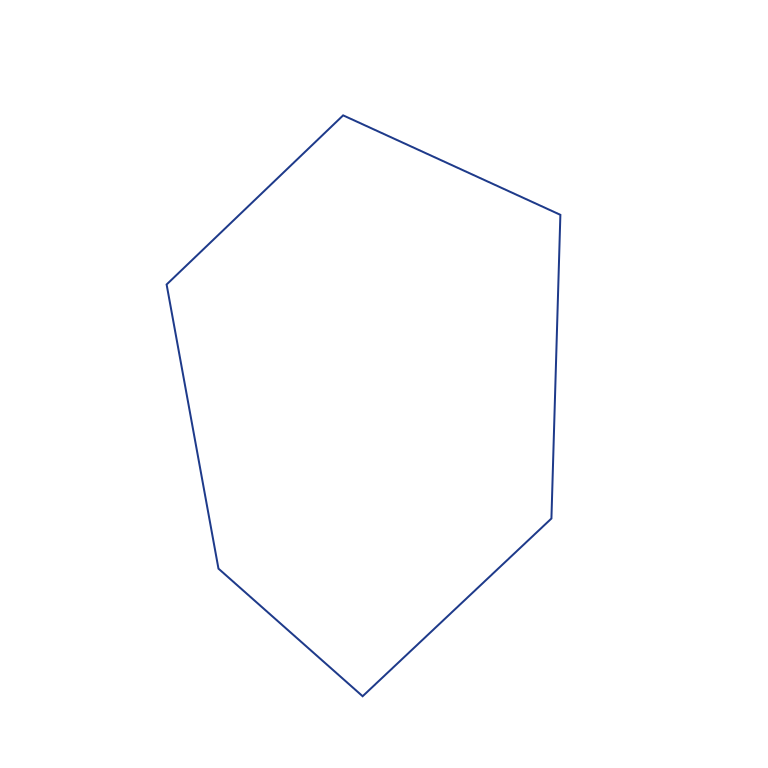 SVG path tracing the border of San Marino, rotated 145°
{"feature_id": "SMR", "entity_name": "San Marino", "entity_type": "country or territory", "adm_level": 0, "iso_a3": "SMR", "parent_name": "Europe", "parent_adm1": "", "projection": "robinson", "projection_center": [12.465, 43.942], "detail": "fine", "context": "isolated", "style": "outline", "palette": "blue", "viewbox_px": 768, "rotation_deg": 145, "n_neighbors": 0, "source": "natural_earth", "source_scale": "50m", "svg_char_len": 250}
<svg xmlns="http://www.w3.org/2000/svg" viewBox="0 0 768 768"><g transform="rotate(145 384 384)"><path d="M505.0,590.2L263.4,627.5L142.5,421.4L324.0,177.8L580.6,140.5L625.5,327.7L505.0,590.2Z" fill="none" stroke="#1e3a8a" stroke-width="2"/></g></svg>